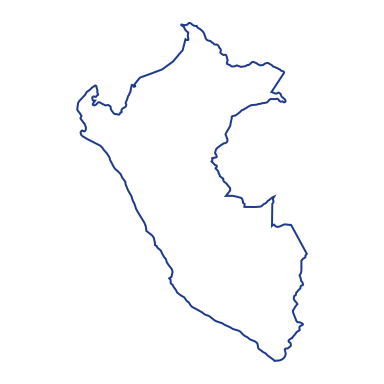 map outline of Peru (Albers equal-area conic projection)
{"feature_id": "PER", "entity_name": "Peru", "entity_type": "country or territory", "adm_level": 0, "iso_a3": "PER", "parent_name": "South America", "parent_adm1": "", "projection": "albers", "projection_center": [-73.974, -9.194], "detail": "fine", "context": "isolated", "style": "outline", "palette": "blue", "viewbox_px": 384, "rotation_deg": 0, "n_neighbors": 0, "source": "natural_earth", "source_scale": "50m", "svg_char_len": 5909}
<svg xmlns="http://www.w3.org/2000/svg" viewBox="0 0 384 384"><path d="M285.5,100.5L285.4,101.7L284.8,102.2L283.9,102.3L282.5,101.4L281.5,101.6L280.5,101.7L279.1,100.6L278.6,99.7L277.5,98.8L275.2,99.1L273.3,99.1L271.7,98.9L270.3,99.2L269.0,100.2L268.1,101.4L267.0,102.4L263.9,103.1L262.2,103.1L260.7,103.8L258.5,104.0L257.0,104.6L251.1,105.2L248.5,106.5L246.7,107.7L243.5,109.6L241.7,110.3L239.6,112.4L237.0,114.4L235.4,115.5L232.9,116.0L231.9,116.5L231.6,117.2L231.8,117.9L230.6,123.4L230.2,126.0L228.6,128.8L226.9,131.5L226.0,133.2L225.5,134.5L226.0,135.6L227.3,139.1L227.5,140.1L227.3,141.3L226.6,142.4L225.4,143.1L223.9,143.3L220.7,145.3L217.1,148.1L216.0,149.5L215.1,152.7L215.3,153.7L216.0,154.4L216.6,156.1L216.7,156.9L216.1,157.4L214.2,157.7L213.5,158.1L212.9,158.0L212.2,158.2L212.2,158.9L212.4,159.7L212.3,160.6L211.5,161.5L211.9,162.0L213.5,163.3L214.8,164.9L215.8,165.2L216.7,165.7L216.8,166.6L216.4,167.4L215.7,167.8L215.6,168.5L217.3,170.1L218.0,171.1L218.6,172.4L218.6,173.3L219.3,174.3L219.8,175.3L219.8,176.1L222.5,178.2L223.2,178.6L223.3,179.3L223.2,180.2L224.2,181.8L226.0,183.1L230.1,188.1L230.2,190.5L225.9,195.9L229.4,195.8L233.0,195.9L236.8,196.7L239.3,197.4L240.9,197.8L242.0,198.6L242.9,201.1L243.0,202.7L244.6,204.0L244.4,206.9L254.7,207.0L259.6,206.7L261.4,206.3L263.6,204.2L265.0,203.6L266.3,202.7L267.8,200.9L269.1,200.1L270.1,199.1L271.7,198.1L272.3,197.4L274.1,196.6L273.5,197.6L273.1,198.6L273.0,200.0L273.6,201.6L273.1,202.7L272.3,203.8L272.0,225.8L272.8,225.1L274.0,224.6L275.4,226.1L276.5,226.7L277.4,226.9L278.3,226.8L279.6,226.5L282.3,225.3L284.3,224.4L286.4,224.5L289.4,224.9L291.1,224.9L306.8,253.8L305.4,255.7L305.4,257.2L304.4,258.0L303.4,258.4L302.2,259.6L301.4,260.7L301.4,270.0L301.2,272.1L300.5,273.9L299.5,275.5L300.4,277.3L301.2,280.9L301.9,281.7L302.7,283.1L303.0,284.5L302.8,285.1L301.2,285.7L300.6,286.3L300.4,288.3L299.7,289.1L298.5,290.0L297.1,291.9L296.4,292.3L295.7,295.1L294.2,296.0L293.9,297.7L293.8,299.1L294.6,300.5L297.1,303.4L297.4,304.1L295.9,305.9L295.0,307.1L292.9,310.8L292.9,311.5L293.4,313.3L296.4,320.9L296.9,321.6L297.8,322.3L299.4,322.2L301.7,323.1L302.8,324.0L302.9,324.5L302.7,324.8L300.0,326.2L299.5,327.0L299.4,328.2L299.7,330.0L299.1,330.6L297.7,331.3L296.5,332.3L295.3,334.0L293.2,336.5L292.5,337.2L292.2,338.1L291.1,338.4L288.9,340.1L288.5,341.0L288.9,341.9L290.0,342.6L290.7,343.6L290.9,344.9L290.8,345.8L289.5,347.0L287.7,348.4L285.6,348.6L284.8,349.3L285.0,350.8L285.6,352.9L285.6,354.6L284.9,356.5L283.4,358.5L281.0,359.9L278.8,360.6L277.1,360.6L275.4,360.7L274.7,361.0L273.4,359.7L267.7,355.5L265.5,353.3L263.5,352.3L258.6,348.7L258.1,347.5L257.5,343.9L256.9,342.9L255.2,341.5L250.9,339.8L249.3,338.9L247.5,337.3L245.0,336.1L242.2,333.8L240.6,331.9L238.7,330.7L232.9,329.0L230.0,327.2L224.6,324.8L222.2,323.2L216.4,321.3L214.7,320.4L209.0,316.0L205.0,314.6L201.7,312.1L192.0,306.8L190.4,305.1L188.9,302.5L186.8,301.0L184.3,297.4L180.7,295.3L177.2,292.6L175.9,290.0L173.5,286.8L172.8,285.1L170.8,283.4L170.6,279.9L169.2,278.4L170.2,277.6L171.3,277.3L172.6,271.9L171.9,269.3L168.2,264.5L166.8,262.2L165.9,259.2L164.4,257.4L162.2,253.7L160.8,250.5L157.9,248.1L157.1,247.2L156.7,246.0L155.0,245.2L154.9,242.6L153.8,237.8L152.1,235.4L146.3,230.9L146.2,229.2L145.7,226.0L144.3,222.6L137.8,212.0L136.1,208.9L134.4,203.7L132.9,200.8L131.2,195.6L128.8,191.7L127.2,188.3L125.5,184.0L125.3,181.7L122.3,177.8L120.7,174.2L117.9,171.3L115.2,169.0L114.0,167.4L110.0,159.8L109.5,157.5L106.8,153.3L104.1,150.3L102.4,147.8L100.3,145.7L87.4,139.1L82.8,136.4L81.3,135.0L80.6,132.9L80.8,131.7L82.1,130.5L84.0,131.4L85.1,131.0L85.9,129.4L85.9,127.2L84.7,124.2L80.5,118.6L80.8,117.4L81.5,116.0L79.9,113.3L78.1,111.1L77.2,109.5L78.1,103.1L79.0,101.4L85.1,94.8L86.7,92.0L89.4,90.2L92.1,87.5L95.3,85.5L96.3,86.1L96.5,87.4L96.8,87.9L96.9,88.9L97.3,89.6L97.4,91.4L97.2,91.9L97.4,92.8L98.2,94.5L97.9,95.0L96.6,95.8L95.9,96.9L94.9,96.8L93.5,96.4L92.5,97.0L92.2,98.1L92.5,99.0L92.6,99.9L93.2,100.6L95.1,100.6L92.7,104.1L92.9,104.8L93.9,105.3L94.6,105.3L96.2,104.5L98.0,102.5L99.0,102.2L100.4,102.7L102.3,103.9L104.5,104.9L105.4,105.4L108.3,105.0L110.5,106.5L110.8,108.9L111.7,110.7L114.0,113.6L115.2,114.1L116.7,114.1L118.7,114.7L119.5,114.3L120.5,112.5L121.5,112.2L121.6,111.5L121.4,110.6L121.7,109.6L122.5,108.6L125.7,106.7L126.3,104.8L126.2,104.2L125.7,103.4L125.8,102.3L127.2,99.2L128.1,96.0L128.8,95.4L129.5,93.4L130.4,92.1L130.4,90.8L130.8,90.2L130.8,88.8L131.7,85.7L131.7,85.1L132.1,84.9L132.8,85.1L133.5,85.8L133.7,86.5L133.9,86.8L134.5,86.7L135.2,86.3L135.1,85.7L134.6,85.1L134.5,84.8L134.7,84.2L139.1,78.6L140.5,77.4L149.7,74.1L162.2,69.4L173.0,61.5L181.2,51.8L182.6,50.4L185.5,39.2L186.6,40.0L188.0,40.0L188.4,39.7L187.8,35.2L187.9,34.3L188.2,33.1L188.2,32.4L187.0,31.6L185.2,29.8L184.4,28.2L183.9,26.8L181.3,25.2L181.4,24.6L182.2,24.6L184.2,25.2L186.7,24.9L187.7,24.2L188.9,23.0L189.6,23.0L190.5,23.2L192.9,25.1L194.0,25.7L195.1,25.9L196.0,26.0L196.7,25.9L197.6,27.7L198.7,28.4L200.1,29.0L203.0,31.7L203.8,32.9L204.6,34.9L205.0,36.3L205.5,37.0L205.4,37.8L206.3,39.2L207.0,40.0L208.2,40.5L210.6,41.1L211.8,42.4L212.9,42.9L214.1,44.2L215.1,44.6L216.5,44.5L217.8,45.1L218.8,46.4L219.4,47.9L220.4,48.8L220.9,50.4L220.3,52.3L220.9,53.3L221.9,54.1L223.6,55.0L225.1,54.7L225.9,55.0L226.4,55.8L227.7,60.4L227.1,61.8L226.8,62.8L227.2,64.0L230.2,65.2L231.1,66.2L232.1,66.5L233.5,66.4L235.3,66.2L236.3,65.6L236.9,65.4L241.1,66.9L242.9,66.5L244.4,66.4L245.9,66.0L247.4,65.0L248.7,65.0L249.7,64.3L252.1,62.1L253.0,61.8L256.6,63.2L257.7,64.2L258.6,64.5L259.6,65.2L261.3,65.3L263.3,64.9L264.8,63.6L267.5,62.9L268.5,63.2L272.3,65.5L273.3,66.7L274.7,66.9L275.8,67.6L277.6,68.3L278.6,69.0L279.8,69.4L280.7,70.4L282.2,71.1L283.5,71.4L284.0,72.2L284.0,72.7L283.9,73.1L271.5,92.0L272.0,92.1L275.3,93.6L276.1,93.6L277.3,93.3L278.0,92.7L278.8,92.7L280.6,93.9L281.3,96.0L281.9,97.0L283.2,97.8L284.6,99.1L285.5,100.5Z" fill="none" stroke="#1e3a8a" stroke-width="2"/></svg>